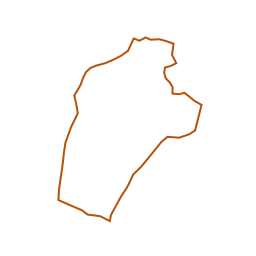 outline of Itapissuma, Pernambuco, Brazil, rotated 24°
{"feature_id": "56859067B55020362717287", "entity_name": "Itapissuma", "entity_type": "district", "adm_level": 2, "iso_a3": "BRA", "parent_name": "Brazil", "parent_adm1": "Pernambuco", "projection": "orthographic", "projection_center": [-34.907, -7.746], "detail": "fine", "context": "isolated", "style": "outline", "palette": "amber", "viewbox_px": 256, "rotation_deg": 24, "n_neighbors": 0, "source": "geoboundaries", "source_scale": "gbopen_adm2", "svg_char_len": 833}
<svg xmlns="http://www.w3.org/2000/svg" viewBox="0 0 256 256"><g transform="rotate(24 128 128)"><path d="M96.8,43.9L96.6,57.5L92.2,64.9L87.4,70.9L81.1,77.8L73.4,84.1L69.2,88.5L66.9,93.9L66.6,100.2L67.1,107.5L66.6,113.4L65.7,120.2L70.0,125.8L76.1,134.8L76.0,140.9L75.6,149.4L76.8,166.7L79.5,176.6L83.6,189.4L89.9,212.0L93.7,222.1L106.5,222.1L119.6,221.9L126.3,223.5L138.4,219.9L149.3,220.4L147.8,214.3L149.5,193.3L151.2,183.4L151.7,173.2L151.7,168.2L155.6,158.6L160.1,142.4L164.0,127.6L167.6,120.0L178.6,116.1L186.5,108.8L190.3,103.0L185.8,77.0L177.1,76.1L172.0,74.6L165.3,72.9L160.6,76.5L154.6,78.4L152.0,72.4L147.8,69.5L142.2,67.2L138.5,62.7L137.2,57.7L141.4,54.4L145.7,49.2L138.4,43.2L136.7,37.0L135.3,32.5L126.8,33.2L120.7,34.1L112.8,38.1L107.2,38.2L102.9,43.6L96.8,43.9Z" fill="none" stroke="#b45309" stroke-width="2"/></g></svg>